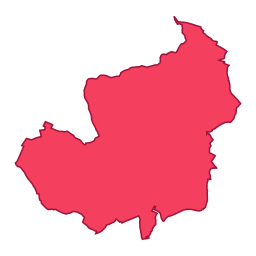 the district of Sarmasu, Mures, Romania
{"feature_id": "2599482B42966946124172", "entity_name": "Sarmasu", "entity_type": "district", "adm_level": 2, "iso_a3": "ROU", "parent_name": "Romania", "parent_adm1": "Mures", "projection": "mercator", "projection_center": [24.153, 46.751], "detail": "fine", "context": "isolated", "style": "filled", "palette": "rose", "viewbox_px": 256, "rotation_deg": 0, "n_neighbors": 0, "source": "geoboundaries", "source_scale": "gbopen_adm2", "svg_char_len": 5745}
<svg xmlns="http://www.w3.org/2000/svg" viewBox="0 0 256 256"><path d="M203.3,209.3L203.6,208.9L205.3,207.5L206.9,201.9L207.4,200.9L207.4,198.0L207.3,196.2L207.2,192.5L207.5,190.8L207.5,190.2L207.0,188.9L206.9,188.2L207.0,186.5L206.9,184.4L207.0,183.7L207.3,182.4L207.9,181.0L207.9,179.2L210.6,179.3L210.5,179.0L210.5,178.4L210.3,178.1L210.2,177.2L210.2,176.9L210.4,176.4L210.4,175.6L210.2,175.1L209.9,174.9L209.6,174.1L209.4,173.3L209.5,172.7L209.4,172.1L209.4,171.6L210.5,169.3L211.2,168.5L213.2,168.1L214.2,168.2L215.6,168.0L216.1,168.1L215.9,167.8L215.8,167.5L216.2,167.3L215.7,166.8L215.4,166.7L211.3,161.4L213.4,158.7L215.3,155.7L211.6,153.7L209.5,152.8L209.5,148.3L209.4,148.2L210.9,146.0L210.9,145.6L209.9,143.4L213.1,139.8L210.7,136.6L210.6,136.2L210.6,135.7L209.2,134.1L208.9,134.3L208.8,134.1L208.9,133.9L208.8,133.7L208.0,133.5L207.2,133.8L206.8,134.2L206.7,131.7L208.6,132.0L209.9,131.9L211.7,131.2L212.3,130.6L212.4,129.5L213.5,129.4L215.2,128.5L216.5,127.4L219.4,125.4L222.3,123.8L224.9,122.6L227.5,122.2L229.2,122.1L230.6,122.3L233.8,118.6L234.7,115.5L235.9,113.4L236.2,111.1L236.2,109.0L236.5,107.9L237.1,107.1L238.2,106.5L239.2,105.1L240.6,103.7L239.8,102.4L239.5,102.0L239.1,102.0L237.5,99.7L234.9,97.2L233.4,95.4L232.6,94.8L231.6,93.7L230.8,92.5L230.3,91.2L229.9,89.6L229.9,88.0L229.8,85.1L229.5,83.3L229.1,82.1L229.0,80.8L228.3,80.2L228.5,79.2L228.1,77.4L227.6,76.3L226.9,72.7L227.2,71.4L227.3,67.8L227.7,66.9L229.0,65.3L228.1,65.1L226.1,64.2L224.9,63.9L224.4,63.6L223.8,63.1L224.5,62.4L224.6,61.9L224.6,61.7L223.1,61.3L222.9,61.4L219.0,60.2L221.3,59.2L222.2,59.1L222.7,58.9L223.4,58.8L224.3,58.3L224.5,56.5L225.0,54.2L225.8,53.2L225.9,52.8L226.9,51.4L224.4,49.5L221.2,47.6L216.1,45.0L217.3,42.0L216.6,41.5L215.9,41.3L214.1,41.1L213.0,40.8L212.5,40.4L210.9,38.5L207.1,36.1L206.1,35.3L204.8,33.8L203.4,33.0L202.9,31.9L203.6,30.8L202.4,29.9L201.3,28.6L200.6,27.5L200.8,27.0L199.9,26.6L196.8,25.8L192.4,24.3L186.5,22.7L185.1,22.4L179.8,22.0L178.1,21.7L177.7,21.3L175.8,18.5L174.3,16.8L174.2,16.8L174.4,17.9L174.9,19.8L176.1,22.1L176.9,23.0L177.3,24.1L177.7,24.2L178.4,24.0L179.8,23.8L180.8,24.3L181.3,24.7L182.1,25.0L182.2,25.8L182.1,26.8L182.5,28.8L182.1,30.0L182.4,31.7L182.2,32.8L183.6,34.1L184.6,35.5L185.0,36.2L185.2,37.9L186.2,39.9L186.2,40.6L186.1,40.9L183.3,43.8L181.4,43.9L180.6,44.6L178.5,48.2L177.7,50.0L177.2,50.6L177.0,51.5L176.5,51.8L175.8,52.6L175.1,52.7L172.8,51.9L170.7,51.9L169.7,52.5L168.0,53.2L166.3,54.6L164.0,54.1L163.9,54.3L162.6,54.3L162.0,54.5L161.2,55.4L160.3,57.1L160.2,57.9L160.3,61.0L160.1,62.9L159.9,63.1L158.6,63.9L157.8,64.8L157.4,65.0L155.8,64.9L154.6,65.1L147.0,67.2L141.6,65.7L139.3,66.9L136.3,66.9L134.5,67.2L131.7,67.4L130.4,67.9L128.7,69.3L124.2,70.6L122.6,71.5L120.7,72.9L120.5,74.1L120.3,74.6L119.1,76.4L118.6,76.2L117.2,76.2L111.0,77.6L105.5,75.4L101.5,75.1L100.1,75.5L98.5,76.9L97.7,78.0L96.4,78.9L95.6,79.0L94.0,78.6L91.8,78.4L90.5,78.5L88.4,79.0L87.2,80.3L86.6,81.6L86.5,82.0L86.5,83.6L86.2,84.6L84.5,89.0L84.2,90.4L84.1,91.0L84.4,92.7L84.3,94.3L84.3,95.3L84.7,97.0L84.6,97.5L85.8,99.7L86.5,100.5L88.3,104.1L88.6,106.6L88.6,108.8L88.9,109.6L89.6,110.9L90.9,114.1L91.3,115.7L91.6,119.3L92.4,121.9L93.7,124.6L95.4,127.6L96.1,129.8L97.3,131.5L99.2,136.3L95.3,138.2L94.7,139.4L94.5,140.4L94.3,140.7L90.7,142.4L89.3,142.8L87.2,143.1L85.9,143.0L85.4,144.7L84.8,144.6L83.5,144.0L81.8,142.1L80.5,140.3L79.6,139.7L76.3,138.4L75.2,137.7L74.2,136.6L73.5,135.3L72.3,134.8L67.3,131.3L66.8,131.2L66.5,131.4L64.6,131.9L61.7,131.3L59.8,131.4L58.4,131.2L51.2,128.2L51.3,127.5L52.7,125.0L50.3,123.7L45.4,121.7L44.9,122.6L43.9,124.7L43.6,124.9L43.6,125.3L43.3,126.0L45.2,126.9L45.0,127.4L44.9,128.0L45.1,129.4L44.7,129.7L43.5,129.9L39.7,130.3L39.8,130.7L40.3,130.8L40.5,131.8L40.1,131.8L40.6,133.5L41.3,136.7L38.8,137.1L35.9,138.0L32.9,139.3L31.1,139.8L30.5,139.7L29.1,139.1L26.5,138.5L21.7,145.5L23.7,146.4L19.2,156.8L17.2,161.1L17.0,161.5L15.4,163.0L16.1,164.8L17.2,166.1L17.9,166.6L19.8,167.0L21.0,167.9L21.9,169.2L24.5,172.4L25.5,174.6L28.2,179.0L29.4,180.3L31.6,183.0L32.7,184.6L33.8,186.8L34.5,187.5L35.8,190.1L36.5,191.9L36.8,193.6L39.1,194.1L39.2,195.0L39.1,196.4L39.6,199.8L39.7,200.0L40.8,200.7L41.1,201.0L41.5,203.4L45.3,207.3L46.8,208.6L47.5,209.2L48.5,209.6L49.4,209.3L50.4,209.5L51.4,209.1L53.3,209.4L53.8,209.8L54.5,209.3L55.2,209.6L56.1,209.4L57.2,210.4L60.6,212.1L62.7,213.0L66.0,214.0L68.9,213.2L69.9,213.1L71.3,212.5L72.5,211.8L73.7,211.4L77.4,212.1L78.7,212.9L81.5,214.1L82.2,214.7L82.6,215.6L83.0,216.0L84.5,217.3L83.4,220.2L82.6,221.9L83.5,222.9L85.1,224.1L87.3,225.9L88.5,227.6L89.2,228.1L90.5,228.8L92.5,229.6L94.0,230.2L94.3,230.6L94.6,230.6L95.0,230.9L96.7,231.4L95.7,233.7L97.0,233.3L99.0,232.5L100.9,231.6L102.1,230.8L102.8,229.8L104.4,228.5L105.9,226.6L106.4,225.1L110.0,223.9L114.8,221.5L115.9,219.1L116.7,219.4L119.7,222.1L120.7,221.6L122.0,223.0L122.6,222.5L138.7,215.9L140.0,218.9L140.1,219.6L139.7,221.4L139.7,222.2L139.9,225.0L139.9,226.7L141.4,235.5L141.5,237.2L141.8,238.1L142.3,239.2L146.7,238.6L146.2,236.8L147.2,236.6L147.4,238.3L148.9,238.0L148.7,236.4L149.2,235.5L150.3,233.9L150.8,232.9L150.6,231.9L151.4,231.6L151.6,231.2L151.8,231.1L152.1,230.7L152.2,229.5L152.6,228.5L153.5,227.3L153.9,226.5L154.3,225.7L155.4,224.9L155.7,224.4L155.7,223.6L155.8,219.9L155.4,217.9L155.6,216.6L155.8,215.8L157.2,213.3L154.3,212.0L152.7,211.5L151.7,210.9L152.7,209.4L154.4,206.2L155.5,206.6L155.1,208.3L154.4,209.7L155.9,210.4L157.4,210.8L159.5,212.5L160.1,213.2L160.5,214.5L160.8,215.4L161.3,218.2L161.6,218.7L162.2,219.9L163.3,221.4L164.0,220.9L165.9,218.3L167.6,216.7L168.5,216.3L170.9,215.8L172.2,215.3L183.3,210.1L186.4,209.4L189.0,209.3L191.4,209.4L196.4,210.6L199.4,210.9L201.2,210.4L203.1,209.0L203.3,209.3Z" fill="#f43f5e" stroke="#9f1239" stroke-width="1.5"/></svg>